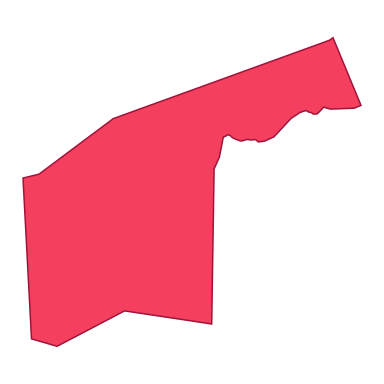 map outline of Saint Peter (Robinson projection)
{"feature_id": "BRB-1997", "entity_name": "Saint Peter", "entity_type": "Parish", "adm_level": 1, "iso_a3": "BRB", "parent_name": "Barbados", "parent_adm1": "", "projection": "robinson", "projection_center": [-59.597, 13.271], "detail": "fine", "context": "isolated", "style": "filled", "palette": "rose", "viewbox_px": 384, "rotation_deg": 0, "n_neighbors": 0, "source": "natural_earth", "source_scale": "10m", "svg_char_len": 713}
<svg xmlns="http://www.w3.org/2000/svg" viewBox="0 0 384 384"><path d="M333.0,37.7L361.0,105.4L354.1,108.2L330.7,109.1L325.1,107.7L324.7,107.2L323.8,107.2L317.2,113.9L314.8,114.1L312.9,113.9L311.6,112.7L310.1,112.4L308.0,111.7L306.0,110.5L300.2,112.4L291.1,118.4L273.9,136.9L264.3,141.2L258.3,141.9L256.0,140.0L254.6,139.5L253.5,139.7L252.2,140.0L251.0,140.0L247.9,139.5L246.0,139.7L244.4,140.2L242.3,140.9L240.3,140.9L237.0,139.7L234.2,138.6L231.7,137.1L230.4,135.7L229.2,135.2L228.1,134.8L227.0,135.2L225.6,136.2L223.3,137.1L219.4,157.1L214.1,168.9L211.7,324.0L124.5,310.9L57.0,346.3L31.5,338.9L23.0,178.0L38.9,174.2L113.3,118.6L329.3,40.3L333.0,37.7Z" fill="#f43f5e" stroke="#9f1239" stroke-width="1.5"/></svg>